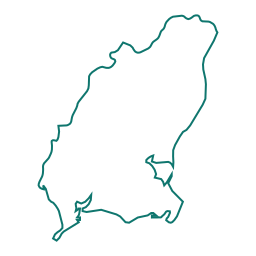 SVG path tracing the border of Wexford
{"feature_id": "IRL-718", "entity_name": "Wexford", "entity_type": "County", "adm_level": 1, "iso_a3": "IRL", "parent_name": "Ireland", "parent_adm1": "", "projection": "mercator", "projection_center": [-6.603, 52.458], "detail": "fine", "context": "isolated", "style": "outline", "palette": "teal", "viewbox_px": 256, "rotation_deg": 0, "n_neighbors": 0, "source": "natural_earth", "source_scale": "10m", "svg_char_len": 2955}
<svg xmlns="http://www.w3.org/2000/svg" viewBox="0 0 256 256"><path d="M217.4,32.4L213.8,40.8L204.1,58.1L203.0,64.4L203.3,69.5L205.4,79.1L205.9,84.3L205.4,98.8L202.7,104.7L190.2,125.4L186.5,129.9L183.0,131.9L179.9,136.4L175.1,145.0L173.2,150.2L173.1,156.4L173.4,162.3L173.1,166.8L171.7,164.2L170.0,162.6L168.2,161.9L156.2,162.9L151.9,161.5L153.2,155.5L151.3,156.2L149.5,157.2L147.8,158.5L146.3,160.1L146.3,162.2L149.4,163.3L152.2,166.0L154.6,169.7L156.1,174.1L154.8,177.6L161.2,179.1L163.1,181.8L164.2,185.4L166.8,182.4L171.7,174.1L171.7,176.2L168.2,183.2L172.3,191.0L182.9,201.7L177.0,216.3L174.4,220.0L172.3,222.1L170.8,222.7L168.9,222.3L166.2,220.2L166.7,218.5L168.2,216.9L170.0,212.8L169.8,211.3L167.3,211.1L166.1,211.7L164.3,214.3L161.8,216.5L161.4,217.1L160.8,217.4L151.9,217.5L151.9,215.4L156.1,215.4L153.3,213.0L151.2,213.0L147.7,215.4L137.8,217.5L129.1,222.7L125.5,222.2L120.2,216.5L116.4,214.4L101.2,209.8L86.6,212.0L82.6,211.1L82.6,208.5L85.8,207.2L88.7,204.2L90.8,200.0L91.2,194.8L88.7,198.3L85.2,201.8L81.2,203.5L77.1,201.7L75.7,203.8L76.0,206.4L76.3,207.5L76.3,208.6L75.7,211.1L78.0,209.5L78.7,208.5L80.0,208.5L79.3,213.4L78.7,215.4L77.1,217.5L78.6,217.7L80.0,217.5L80.0,220.0L79.3,220.1L77.8,220.0L77.1,220.0L78.7,222.3L63.8,231.5L61.7,233.6L59.4,237.8L56.6,240.6L53.1,238.5L55.0,234.4L57.5,232.2L60.1,230.5L62.4,228.0L62.4,224.7L58.9,211.1L57.7,208.7L55.7,205.6L53.3,202.8L51.1,201.7L48.8,199.4L45.8,188.9L43.2,185.4L43.8,189.3L43.0,189.1L41.7,188.7L40.4,188.0L39.7,187.4L39.1,186.4L38.6,185.3L38.8,183.7L39.5,181.7L42.1,176.5L42.6,174.9L42.9,173.3L43.1,170.4L43.1,168.4L43.0,166.8L43.2,165.2L44.0,163.4L48.4,158.5L49.1,157.4L50.8,153.7L51.5,151.8L51.9,149.6L52.0,145.7L51.6,141.9L51.8,140.9L53.0,140.2L54.2,140.3L56.4,140.8L57.5,139.6L58.4,137.1L59.1,131.6L58.4,125.8L66.6,125.4L67.7,125.1L69.7,124.0L70.6,122.9L71.2,121.6L72.0,117.3L72.7,115.2L76.3,108.2L77.2,105.7L77.6,103.7L78.7,101.7L87.1,91.1L88.4,88.4L88.8,85.3L89.1,76.3L90.2,74.3L92.2,72.2L97.4,68.6L100.2,67.3L102.3,66.8L106.1,67.8L107.4,67.9L108.7,67.9L109.9,67.5L111.2,66.8L112.6,65.6L114.5,63.1L115.3,61.5L115.0,60.1L114.4,59.5L113.5,59.1L112.0,58.5L111.2,58.0L110.6,57.1L110.2,56.0L110.1,54.7L110.5,53.5L111.4,52.6L114.8,52.1L117.9,50.2L123.1,42.5L130.3,45.4L132.7,47.7L133.5,49.3L135.0,51.4L136.4,52.3L137.9,52.7L139.2,52.6L140.4,52.3L148.2,48.5L149.2,47.7L150.2,46.8L150.8,45.8L151.9,43.7L152.5,42.7L153.2,41.9L154.1,41.2L156.8,39.3L157.7,38.5L158.4,37.7L159.4,35.7L160.7,32.1L161.3,31.0L162.0,30.3L162.9,29.5L163.6,28.8L164.2,27.8L164.7,26.6L165.0,25.3L165.6,23.6L166.6,21.8L169.2,19.0L171.0,17.7L173.0,16.7L181.9,15.7L183.4,16.1L184.4,16.7L185.3,17.6L186.4,18.4L188.2,19.1L189.8,18.7L191.4,17.8L193.9,15.9L195.7,15.4L197.3,15.4L198.5,15.8L199.2,16.6L199.7,17.6L200.1,18.8L200.6,19.9L201.2,20.6L202.4,21.3L208.6,21.6L210.0,22.0L213.0,23.8L213.5,24.3L213.9,24.8L214.5,25.6L215.4,27.6L215.7,28.8L216.5,31.0L217.4,32.4Z" fill="none" stroke="#0f766e" stroke-width="2"/></svg>